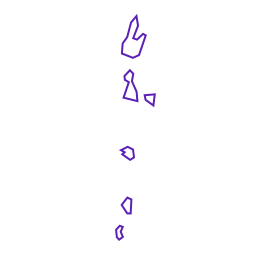 outline of Vanuatu, rotated 31°
{"feature_id": "VUT", "entity_name": "Vanuatu", "entity_type": "country or territory", "adm_level": 0, "iso_a3": "VUT", "parent_name": "Oceania", "parent_adm1": "", "projection": "robinson", "projection_center": [167.975, -16.976], "detail": "coarse", "context": "isolated", "style": "outline", "palette": "violet", "viewbox_px": 256, "rotation_deg": 31, "n_neighbors": 0, "source": "natural_earth", "source_scale": "50m", "svg_char_len": 729}
<svg xmlns="http://www.w3.org/2000/svg" viewBox="0 0 256 256"><g transform="rotate(31 128 128)"><path d="M83.9,35.1L86.2,48.3L90.2,47.6L92.4,39.6L95.5,39.5L99.9,59.8L96.1,65.3L84.4,67.3L79.9,58.3L80.5,50.5L76.3,36.0L77.6,27.7L83.9,35.1ZM107.3,85.9L116.7,92.5L122.2,100.1L108.6,104.3L105.1,88.3L100.5,88.3L98.2,85.3L99.9,77.5L104.6,78.8L107.3,85.9ZM174.3,199.9L171.3,201.6L162.2,197.2L163.3,188.0L167.7,187.5L174.3,199.9ZM143.4,143.9L148.3,150.1L146.2,154.2L136.6,153.5L137.6,150.5L133.4,150.6L137.4,144.3L143.4,143.9ZM138.2,95.6L128.6,94.8L125.4,91.3L133.6,85.4L138.2,95.6ZM179.7,224.0L177.9,228.3L174.7,227.3L170.2,221.4L171.3,216.1L174.4,215.5L175.2,220.7L179.7,224.0Z" fill="none" stroke="#5b21b6" stroke-width="2"/></g></svg>